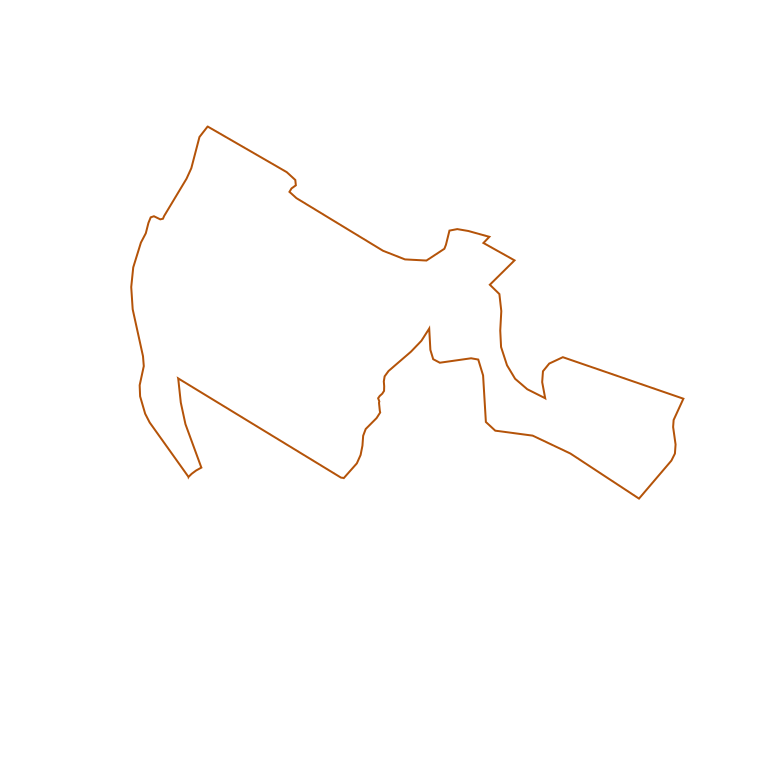 map outline of Sultan Kudarat (Mercator projection), rotated 31°
{"feature_id": "PHL-2580", "entity_name": "Sultan Kudarat", "entity_type": "Province", "adm_level": 1, "iso_a3": "PHL", "parent_name": "Philippines", "parent_adm1": "", "projection": "mercator", "projection_center": [124.544, 6.496], "detail": "fine", "context": "isolated", "style": "outline", "palette": "amber", "viewbox_px": 768, "rotation_deg": 31, "n_neighbors": 0, "source": "natural_earth", "source_scale": "10m", "svg_char_len": 1482}
<svg xmlns="http://www.w3.org/2000/svg" viewBox="0 0 768 768"><g transform="rotate(31 384 384)"><path d="M264.3,564.4L264.2,564.3L203.0,537.7L194.6,532.5L181.3,520.2L175.2,510.9L168.9,492.4L163.1,484.3L130.1,449.4L117.4,431.1L109.0,413.2L102.8,388.0L102.2,377.5L99.1,367.2L98.2,361.3L100.4,358.7L107.4,358.1L109.4,356.2L109.0,353.1L109.0,309.7L107.7,298.3L98.6,267.3L100.2,254.2L100.3,254.1L101.4,254.1L191.5,252.5L202.9,254.8L206.1,259.1L204.0,264.0L204.0,268.0L213.3,269.8L314.6,270.3L337.8,266.4L356.8,256.3L366.1,237.0L365.4,232.8L361.1,218.8L366.9,213.6L367.0,213.5L377.5,209.4L398.5,203.6L396.6,211.9L432.2,210.8L423.6,244.4L436.6,247.5L447.0,261.1L456.1,278.3L465.3,292.0L479.8,304.6L493.7,312.0L509.5,314.7L529.3,313.2L529.5,313.2L518.6,300.9L513.7,291.2L515.1,281.4L523.5,268.9L648.2,242.4L650.8,265.7L654.0,272.0L665.1,285.7L669.2,293.8L669.8,301.7L661.6,350.9L661.4,350.9L579.6,347.6L538.0,351.7L503.4,366.7L490.9,364.1L464.5,325.6L452.2,314.5L445.4,317.1L420.9,337.0L413.4,337.4L406.2,330.9L394.2,313.2L394.2,313.4L393.8,327.7L390.5,342.3L381.2,370.5L380.6,377.1L382.5,381.9L385.3,385.8L387.6,389.9L387.5,393.2L386.5,396.4L386.3,399.2L389.0,401.4L389.4,402.7L394.2,409.1L395.4,410.4L395.2,417.0L391.5,432.0L392.8,439.1L397.3,448.0L400.5,456.9L401.6,466.0L398.0,485.3L397.9,485.3L395.3,486.4L204.7,485.2L204.8,485.3L219.4,504.6L234.5,520.7L270.1,549.4L270.5,549.7L267.5,554.9L265.4,560.0L264.3,564.3L264.3,564.4Z" fill="none" stroke="#b45309" stroke-width="2"/></g></svg>